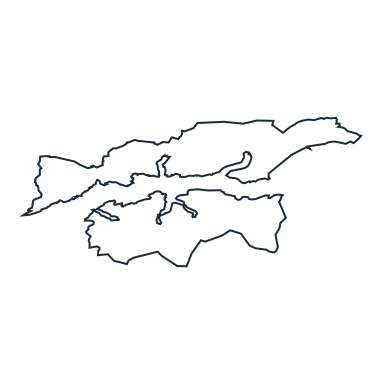 the district of Høyanger nor, Sogn og Fjordane, Norway
{"feature_id": "86288312B43013877276358", "entity_name": "Høyanger nor", "entity_type": "district", "adm_level": 2, "iso_a3": "NOR", "parent_name": "Norway", "parent_adm1": "Sogn og Fjordane", "projection": "natural_earth1", "projection_center": [5.813, 61.125], "detail": "fine", "context": "isolated", "style": "outline", "palette": "slate", "viewbox_px": 384, "rotation_deg": 0, "n_neighbors": 0, "source": "geoboundaries", "source_scale": "gbopen_adm2", "svg_char_len": 6008}
<svg xmlns="http://www.w3.org/2000/svg" viewBox="0 0 384 384"><path d="M40.2,156.6L39.7,161.6L38.1,164.1L41.4,168.4L39.8,169.4L39.9,174.8L35.9,178.1L35.2,179.4L35.4,180.4L34.9,182.2L35.6,182.3L36.2,183.9L36.2,185.3L37.8,185.7L38.6,190.5L41.7,194.2L40.9,197.2L35.4,199.1L33.2,200.5L32.0,207.7L28.5,209.3L28.1,210.2L31.0,211.0L25.2,213.8L23.0,215.4L29.9,214.7L39.6,211.6L41.3,210.6L41.1,210.3L41.7,209.4L46.5,208.1L47.7,206.9L49.2,206.4L51.1,204.3L55.7,202.8L57.0,203.1L57.5,202.7L57.0,202.6L57.2,202.2L58.7,201.6L59.3,200.5L60.7,200.4L63.1,201.9L64.6,202.1L68.9,200.9L72.2,198.5L72.5,199.2L74.2,199.0L76.3,197.5L75.3,196.9L77.7,196.7L78.4,196.3L77.4,196.5L77.1,195.9L80.5,195.9L80.2,195.7L81.7,194.9L82.1,193.4L83.7,192.7L84.9,191.3L85.7,191.7L86.3,191.0L87.9,190.4L88.6,189.0L90.1,188.4L89.9,187.8L90.7,187.5L90.2,187.3L92.3,186.4L93.8,184.7L95.7,184.2L95.9,182.5L97.3,179.8L99.5,180.8L100.1,183.2L100.8,184.0L104.1,185.3L106.1,184.5L105.3,184.4L106.0,184.1L105.3,183.4L105.9,183.2L106.2,183.9L108.5,182.0L110.3,181.6L112.1,182.4L115.7,182.2L119.1,183.7L119.6,184.5L121.7,184.4L121.2,184.7L126.5,186.3L127.9,186.1L128.5,185.7L128.2,185.3L130.4,184.7L131.3,183.5L133.3,182.9L131.2,181.3L132.8,180.6L132.7,179.9L133.7,179.2L133.0,179.3L133.3,178.2L132.0,178.0L131.1,176.7L132.4,175.3L132.5,174.4L134.2,173.6L137.2,173.9L137.4,174.9L139.6,173.9L143.1,173.8L146.3,175.1L148.7,175.1L149.2,175.5L149.0,176.0L154.5,175.8L155.5,176.5L158.8,176.8L159.3,175.6L158.7,175.0L159.1,174.1L158.8,173.7L159.1,173.4L159.0,171.0L158.0,169.5L157.5,165.1L156.7,164.2L156.6,163.2L157.3,161.9L161.2,159.5L162.1,157.2L164.4,155.4L164.4,156.0L166.3,155.8L166.0,156.3L167.2,156.7L169.8,156.8L165.1,162.8L162.6,164.6L163.6,167.0L164.5,167.0L165.4,168.9L165.4,172.9L164.7,174.3L165.1,174.9L166.6,175.2L165.7,176.1L166.7,175.7L167.2,176.6L169.9,176.5L172.0,175.5L171.6,175.0L171.9,174.7L173.6,175.1L174.7,174.2L176.9,174.0L180.0,174.9L180.0,176.7L180.9,177.0L186.0,176.8L188.8,175.7L193.5,175.9L196.1,175.3L197.0,175.8L197.8,175.2L201.7,176.4L209.6,174.4L211.8,175.0L212.8,173.6L214.3,173.7L217.3,172.3L218.9,172.3L222.6,168.4L226.7,166.4L240.5,162.5L241.9,161.6L244.0,157.6L243.7,154.0L244.1,153.0L246.0,151.9L249.1,152.6L249.0,153.1L250.0,153.7L250.0,154.3L249.5,154.4L250.4,154.8L251.3,156.7L251.4,158.1L249.7,163.0L248.0,165.9L246.0,167.4L242.8,168.6L230.6,171.0L226.2,175.3L229.8,177.7L235.3,178.2L237.8,179.1L242.0,182.7L244.8,183.2L249.0,181.4L249.9,181.5L250.0,182.2L253.3,181.1L255.4,181.5L258.4,179.6L264.9,178.5L268.6,179.6L269.7,178.4L268.7,177.4L268.7,173.5L291.5,154.9L306.2,147.2L310.0,148.9L308.2,146.4L325.5,143.8L328.3,142.3L332.4,141.7L335.6,141.7L345.7,143.8L350.5,141.5L353.5,143.1L358.8,138.6L361.0,135.8L359.0,135.5L357.1,133.8L347.2,131.0L345.4,129.0L343.0,127.6L338.2,126.8L339.7,125.8L339.5,123.7L336.0,123.7L336.9,121.9L336.5,120.5L336.9,119.6L335.9,117.9L330.3,118.4L326.8,117.7L323.6,119.0L321.5,117.9L314.3,120.1L308.3,119.6L301.6,120.8L296.4,123.0L295.2,124.3L290.1,127.0L282.9,132.8L272.2,125.0L273.4,120.9L256.9,120.5L243.2,123.7L223.9,121.8L197.3,123.0L193.7,128.0L184.7,131.4L182.1,130.7L181.8,131.4L182.3,133.0L181.9,134.4L181.0,136.2L179.7,137.0L178.3,139.1L171.7,137.4L168.6,142.5L163.0,142.0L157.5,144.8L154.1,143.4L154.3,142.5L138.3,140.9L134.7,139.9L129.4,142.1L126.0,142.6L127.6,142.8L123.5,145.7L116.4,148.3L113.0,148.4L108.3,152.2L108.5,156.1L103.7,156.4L102.9,159.3L103.5,161.4L102.6,161.5L102.4,163.0L102.8,165.0L96.7,167.5L93.1,165.6L91.3,166.3L92.1,167.2L87.7,168.2L79.8,164.7L74.5,161.5L54.5,156.9L49.6,157.1L49.7,156.4L46.3,156.1L40.2,156.6ZM98.0,255.2L107.8,254.2L114.2,261.1L119.4,262.0L126.8,264.2L128.2,261.1L129.2,260.0L134.1,257.6L157.7,251.7L161.2,255.5L177.2,266.0L186.6,266.3L191.5,253.7L200.9,240.3L205.2,241.6L222.1,235.5L230.3,230.3L240.8,233.6L249.8,245.7L255.7,248.3L266.3,249.7L269.6,251.7L274.3,252.4L276.3,250.7L277.9,246.8L275.5,234.8L279.5,228.1L280.3,223.2L285.8,217.8L279.1,201.8L280.5,199.6L281.8,195.4L283.7,195.2L278.3,194.6L274.2,195.3L270.0,198.3L268.4,197.9L268.9,195.4L265.4,195.4L255.4,199.1L251.5,199.5L249.1,198.9L247.9,197.1L243.6,196.8L242.5,197.0L240.6,199.3L238.7,199.9L237.3,199.6L235.2,198.1L235.0,196.4L234.5,196.1L225.6,194.4L224.1,193.3L224.1,192.4L221.5,191.5L221.1,190.5L220.1,190.2L208.2,190.5L198.1,189.3L189.1,190.0L187.5,192.0L187.9,193.8L187.5,194.5L179.8,195.4L177.0,196.9L176.0,198.5L176.8,199.4L181.8,201.0L184.0,202.3L184.3,204.2L183.3,205.1L185.8,205.6L186.5,207.1L195.7,211.3L197.0,213.1L196.6,214.5L195.6,215.1L195.6,216.1L195.1,216.9L192.9,217.2L192.3,216.2L193.0,215.1L192.8,213.2L187.9,211.6L184.8,209.0L183.6,207.1L183.9,205.4L175.9,202.9L173.5,202.9L172.1,203.8L170.9,209.9L169.2,212.0L165.3,213.2L163.3,214.5L159.0,216.1L159.3,216.2L159.3,218.7L161.1,222.6L160.3,224.1L157.4,223.2L156.6,220.6L156.9,218.4L158.6,216.1L158.0,214.9L158.9,214.7L160.1,213.3L160.8,211.0L164.1,209.2L165.3,204.6L165.1,203.3L165.5,202.2L166.2,202.0L164.5,199.6L164.8,198.8L164.5,198.1L165.8,197.1L165.3,196.0L166.2,194.9L165.3,193.9L163.9,193.7L162.7,194.3L161.7,193.8L161.6,192.7L159.6,191.4L156.3,191.4L154.6,192.0L152.9,193.6L151.8,193.6L148.6,195.2L148.5,195.9L150.8,197.5L149.5,199.0L144.9,199.4L137.3,201.9L136.3,203.1L134.4,203.6L131.1,203.0L129.8,203.9L126.5,204.6L122.8,206.6L121.9,206.4L121.5,205.6L122.2,204.9L122.0,203.3L115.0,204.9L114.2,204.3L114.1,203.3L115.4,202.1L114.5,200.6L109.3,201.2L104.3,203.4L103.6,205.2L100.3,206.6L97.2,209.0L96.2,209.0L99.1,209.6L102.5,211.0L102.9,211.7L106.4,212.6L110.1,214.6L110.6,215.7L111.7,216.4L113.6,216.2L117.4,217.2L117.5,218.1L119.0,219.4L118.8,219.9L111.0,220.4L109.7,218.4L107.6,218.3L104.2,216.2L101.2,215.6L99.1,213.0L95.8,211.7L95.0,210.9L95.0,209.7L94.0,209.5L92.1,210.0L93.4,211.0L92.5,212.8L89.6,215.1L88.0,217.6L85.1,219.0L84.8,220.6L91.2,220.6L93.0,221.3L93.8,222.3L93.3,224.2L88.7,226.5L88.2,227.9L88.6,229.2L86.3,231.3L86.4,233.1L90.6,236.2L88.7,240.2L89.6,243.1L89.5,247.8L96.8,246.4L99.3,247.6L99.6,249.2L98.3,251.0L98.0,255.2Z" fill="none" stroke="#1e293b" stroke-width="2"/></svg>